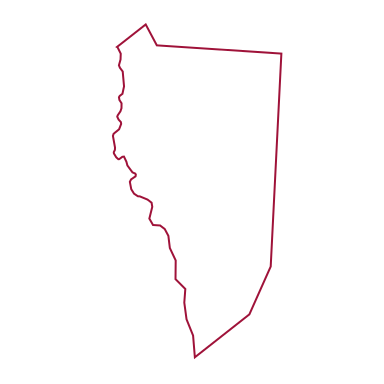 the district of Zapata, Texas, United States of America, rotated 3°
{"feature_id": "52423323B38699112518848", "entity_name": "Zapata", "entity_type": "district", "adm_level": 2, "iso_a3": "USA", "parent_name": "United States of America", "parent_adm1": "Texas", "projection": "equal_earth", "projection_center": [-99.362, 26.945], "detail": "fine", "context": "isolated", "style": "outline", "palette": "rose", "viewbox_px": 384, "rotation_deg": 3, "n_neighbors": 0, "source": "geoboundaries", "source_scale": "gbopen_adm2", "svg_char_len": 942}
<svg xmlns="http://www.w3.org/2000/svg" viewBox="0 0 384 384"><g transform="rotate(3 192 192)"><path d="M109.5,51.1L110.1,51.4L113.6,57.6L113.7,63.4L112.4,69.3L113.5,71.7L116.5,75.3L118.6,90.1L117.4,97.6L114.8,99.8L114.1,101.2L114.7,103.9L117.0,107.1L117.2,112.0L116.3,115.2L113.8,119.3L113.4,120.7L114.9,123.5L117.3,125.9L117.7,127.7L115.9,133.2L110.7,137.9L110.1,140.1L112.8,151.7L112.8,154.0L111.8,156.3L112.0,157.6L114.5,161.3L116.7,163.1L117.6,163.0L120.6,160.5L122.2,160.2L124.9,165.2L126.1,168.9L131.5,175.5L134.4,176.6L135.0,177.6L134.8,179.3L130.5,182.6L129.4,185.1L131.2,192.4L134.2,196.7L138.2,199.1L140.1,199.1L148.0,201.9L152.2,204.8L153.1,208.9L150.8,220.8L154.8,227.0L161.9,227.1L166.7,230.4L170.7,237.0L172.8,249.1L179.3,261.2L180.1,279.9L190.4,289.2L190.1,302.9L193.2,319.4L200.6,335.3L203.5,356.9L255.7,311.2L274.5,262.3L274.0,49.1L149.2,47.4L137.0,27.1L109.5,51.1Z" fill="none" stroke="#9f1239" stroke-width="2"/></g></svg>